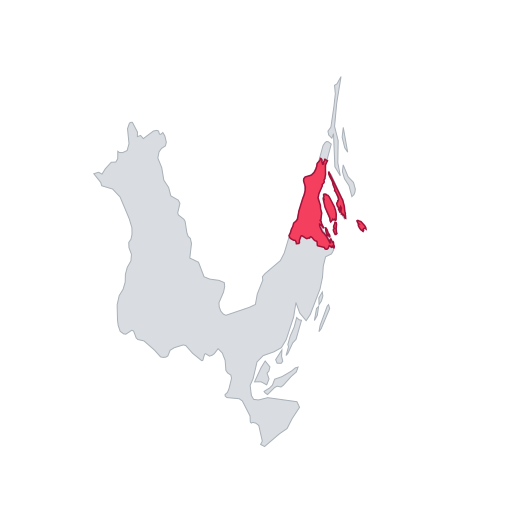 Splitsko-Dalmatinska on a map of Croatia (Natural Earth projection), rotated 244°
{"feature_id": "HRV-1492", "entity_name": "Splitsko-Dalmatinska", "entity_type": "County", "adm_level": 1, "iso_a3": "HRV", "parent_name": "Croatia", "parent_adm1": "", "projection": "natural_earth1", "projection_center": [16.561, 43.491], "detail": "fine", "context": "in_parent", "style": "filled", "palette": "rose", "viewbox_px": 512, "rotation_deg": 244, "n_neighbors": 0, "source": "natural_earth", "source_scale": "10m", "svg_char_len": 8199}
<svg xmlns="http://www.w3.org/2000/svg" viewBox="0 0 512 512"><g transform="rotate(244 256 256)"><path d="M84.6,177.5L86.8,180.5L102.4,184.2L105.8,182.6L107.9,180.1L107.9,178.5L109.3,178.1L114.8,180.5L131.7,180.2L135.1,178.3L141.5,167.8L143.6,166.9L145.0,167.4L145.9,170.5L148.4,173.4L156.8,180.4L160.0,181.2L163.2,179.3L166.4,178.8L175.7,182.5L183.5,183.2L189.3,181.3L186.5,175.7L186.0,172.8L186.4,170.3L190.4,167.8L190.2,166.7L185.5,162.4L185.7,161.3L196.2,156.4L206.4,153.6L208.0,151.5L209.4,142.3L208.9,137.5L204.8,132.9L204.6,130.6L205.5,128.2L207.1,126.0L215.9,123.5L228.8,118.1L232.7,113.2L235.0,112.4L242.2,113.1L243.7,111.8L242.8,104.7L244.0,102.9L247.8,100.9L254.0,101.7L259.3,103.5L273.0,109.8L280.3,115.6L284.4,122.0L289.9,127.0L296.8,130.6L302.3,135.4L306.4,141.4L312.1,144.8L319.3,145.5L324.0,147.6L325.9,151.0L329.9,154.1L335.9,156.9L345.2,158.4L368.6,159.7L379.0,156.5L386.8,148.1L390.1,148.7L401.0,146.3L400.3,151.2L397.1,153.5L400.4,158.7L403.7,167.0L401.9,171.2L404.1,174.4L410.7,177.7L408.9,178.6L407.4,181.4L407.3,186.4L412.6,191.1L426.7,196.3L430.9,200.5L431.0,202.2L430.3,203.5L419.4,203.8L415.3,201.7L414.9,205.1L410.9,206.2L413.3,218.5L412.4,222.0L411.0,223.2L407.9,222.6L407.1,223.8L407.8,226.4L403.9,226.7L397.6,225.3L394.7,222.9L394.1,218.2L392.1,214.5L387.1,210.7L376.7,210.0L364.6,206.4L355.8,207.5L347.4,205.8L340.2,210.7L336.5,210.6L329.2,204.6L327.0,204.2L320.6,207.3L318.0,207.4L307.4,204.1L303.5,203.6L300.6,204.7L295.5,203.5L283.2,195.6L275.6,201.6L260.1,200.2L255.5,204.3L250.3,212.1L246.0,215.8L242.3,214.5L237.9,211.1L230.2,202.2L226.3,200.6L221.9,200.2L218.0,201.2L215.9,203.0L212.8,227.4L212.7,234.2L221.3,240.5L231.3,251.5L234.6,252.7L236.2,256.3L241.2,275.9L246.3,282.7L263.7,298.7L271.1,308.9L293.4,328.8L303.2,332.3L304.7,334.2L304.9,341.9L305.9,344.8L312.5,352.9L325.9,364.7L327.5,367.5L328.0,369.5L327.1,371.0L323.6,372.7L308.2,359.3L296.1,352.0L282.5,338.2L264.3,332.8L251.9,326.8L236.1,329.6L231.0,329.6L227.4,328.5L224.8,324.8L224.8,318.2L217.5,312.1L207.7,306.4L198.3,299.1L179.6,279.1L175.9,272.7L185.6,270.3L196.7,271.5L184.7,263.1L167.6,246.5L162.5,238.7L162.0,230.2L163.3,218.7L160.3,210.4L147.1,199.7L142.3,194.0L132.6,190.7L128.2,191.0L125.5,195.2L123.5,204.5L107.1,228.9L100.9,228.8L94.0,217.2L87.3,208.3L85.9,199.0L81.0,180.2L84.6,177.5ZM375.0,401.4L375.2,404.2L380.0,411.1L358.4,395.8L338.0,383.4L323.6,380.4L303.9,370.4L291.1,366.9L301.6,366.0L332.0,379.3L328.6,375.8L332.9,374.4L336.7,375.4L339.0,379.8L356.1,391.5L367.0,398.4L375.0,401.4ZM138.2,242.2L137.7,245.1L134.1,241.4L132.3,234.8L127.9,224.0L127.3,221.0L129.7,218.0L129.6,215.0L126.4,205.6L129.2,204.1L130.8,203.9L131.4,210.4L132.8,214.2L137.1,218.8L136.2,226.4L137.0,237.3L138.2,242.2ZM157.6,218.2L150.2,219.9L146.8,217.0L145.9,214.6L139.8,213.8L135.5,209.1L140.7,205.4L143.5,199.5L153.4,211.6L157.6,218.2ZM275.4,347.4L265.9,347.6L257.7,346.3L253.6,343.9L255.2,338.6L264.4,339.0L278.4,341.4L281.8,344.1L280.7,345.4L275.4,347.4ZM300.0,358.4L295.8,359.2L269.0,358.6L261.3,357.1L250.8,351.8L259.5,350.6L267.6,351.8L270.1,354.7L300.0,358.4ZM179.9,266.7L178.3,268.7L163.5,255.4L161.8,250.9L154.4,241.8L153.4,239.4L160.1,245.4L162.6,245.9L169.1,251.7L175.4,259.2L182.9,265.6L179.9,266.7ZM267.3,368.2L278.5,370.4L286.6,369.4L294.0,370.7L299.7,374.3L287.0,373.5L279.4,375.9L272.6,374.6L270.1,373.0L268.3,371.0L267.3,368.2ZM179.7,298.0L180.5,299.9L176.5,299.2L162.0,282.6L160.4,279.4L165.6,283.3L179.7,298.0ZM154.2,228.2L160.2,238.1L154.6,235.0L149.6,233.9L148.5,231.6L150.4,228.0L154.2,228.2ZM325.0,385.5L333.3,390.8L309.1,383.9L314.4,383.2L325.0,385.5ZM190.7,294.1L194.6,299.8L190.8,298.6L186.9,295.1L184.6,291.3L190.7,294.1ZM182.3,287.4L183.2,290.1L175.8,285.1L172.4,280.2L182.3,287.4Z" fill="#d9dde1" stroke="#a8b0b8" stroke-width="1"/><path d="M259.9,294.6L261.6,296.9L264.6,299.6L266.5,302.1L269.0,304.2L269.4,305.3L269.6,306.6L270.2,308.2L271.0,309.5L277.7,314.3L287.2,323.2L290.1,326.4L292.0,327.9L293.4,329.0L296.9,330.8L302.7,331.7L304.5,332.8L305.5,334.8L304.4,341.2L305.7,345.0L308.1,348.2L310.5,350.3L311.8,351.0L312.4,351.6L312.8,352.4L313.3,353.9L314.0,355.4L314.9,356.4L315.5,356.7L315.4,356.9L315.1,357.1L314.6,357.3L313.6,357.4L313.1,357.3L312.8,357.2L312.5,357.0L312.3,356.7L312.1,356.6L311.9,356.5L310.6,356.4L309.6,356.1L309.3,356.1L309.2,356.3L309.1,357.0L309.3,357.4L309.6,357.5L310.3,357.5L310.6,357.7L310.9,358.0L311.1,358.3L311.4,359.0L311.6,359.3L311.9,359.5L312.5,359.9L312.7,360.1L312.8,360.4L312.4,360.6L312.0,360.8L310.3,362.0L307.4,358.3L298.7,354.2L296.6,352.6L295.6,352.1L295.2,351.8L294.8,350.8L294.4,350.4L293.7,350.1L293.1,350.0L292.7,349.8L292.3,349.4L291.7,348.5L291.6,348.2L291.4,347.2L291.3,346.9L291.0,346.7L290.3,346.5L290.0,346.4L284.3,339.6L282.7,338.6L282.0,338.0L281.6,337.5L281.1,337.2L273.4,336.1L269.9,334.7L265.8,333.9L260.4,330.3L260.3,330.1L260.2,329.7L260.1,329.4L259.7,329.2L259.4,329.3L258.8,329.7L258.5,329.7L256.3,329.2L251.8,329.2L251.8,328.7L252.9,328.7L254.3,328.4L255.6,327.8L256.7,327.1L255.7,326.6L254.3,326.3L248.5,326.2L247.8,326.4L246.6,327.0L246.2,327.1L245.1,327.3L242.6,328.0L235.3,328.2L235.3,328.7L237.3,329.2L238.1,329.7L238.6,330.8L234.9,330.8L235.0,331.6L234.2,331.6L232.2,330.8L230.6,330.7L229.9,330.4L229.1,329.7L229.4,329.4L230.0,329.2L231.3,329.2L231.6,329.0L231.6,328.8L231.4,328.7L231.1,328.6L230.8,328.4L230.6,328.2L230.6,327.7L230.9,327.5L231.3,327.3L231.9,327.1L232.9,326.8L233.2,326.6L233.3,326.4L233.0,326.3L232.8,326.2L232.4,325.5L231.6,324.6L231.3,324.1L231.1,323.5L231.0,322.7L231.2,322.3L231.4,321.9L232.1,321.2L232.5,321.1L232.8,321.1L233.1,321.2L233.4,321.2L233.8,321.1L237.9,316.2L238.4,315.8L238.7,315.8L242.0,317.1L242.6,317.0L243.0,316.7L243.5,316.1L243.9,315.8L244.4,315.5L245.7,315.0L247.4,314.7L248.8,314.1L249.3,313.7L249.4,313.2L249.2,312.9L248.9,312.5L248.7,312.3L248.6,311.9L249.3,310.7L249.2,310.3L249.2,309.9L249.3,309.3L249.7,308.9L253.8,306.4L254.2,305.9L254.2,305.4L253.9,304.9L251.5,302.3L251.0,301.9L250.5,301.6L248.9,300.9L248.7,300.4L248.5,300.0L249.3,297.7L251.2,298.2L252.3,298.2L252.9,298.0L253.1,297.8L253.3,297.4L253.4,297.0L254.5,296.1L256.5,294.8L257.3,294.5L257.9,294.4L259.9,294.6ZM258.3,346.4L253.6,343.9L252.6,342.7L253.1,343.0L253.4,343.3L253.8,343.3L253.9,342.8L254.0,342.7L254.3,342.8L254.6,342.7L254.3,342.2L254.4,341.7L254.8,341.3L255.5,341.2L254.6,339.8L253.8,338.1L255.1,338.0L255.5,338.1L257.9,339.0L269.5,339.4L276.9,341.2L276.9,341.7L276.1,341.7L276.7,342.0L277.3,342.2L277.7,342.1L278.1,341.7L278.7,342.1L279.8,343.3L280.4,343.5L281.0,343.4L281.4,343.5L281.8,344.3L281.1,345.7L280.6,346.1L280.2,345.8L279.1,347.2L277.1,347.7L266.0,348.0L262.1,347.5L258.3,346.4ZM269.9,358.3L268.5,358.5L261.9,357.1L256.8,355.3L255.0,355.0L253.9,354.3L253.2,354.2L250.5,353.1L250.8,352.8L251.1,352.7L251.7,352.6L252.5,353.0L253.2,352.9L254.6,352.1L255.0,352.6L255.2,352.3L255.9,351.6L255.9,352.1L258.0,351.4L259.9,352.5L261.6,353.7L263.3,353.7L261.6,352.1L260.0,351.2L259.5,350.6L260.4,350.7L262.0,350.6L263.3,351.6L263.5,351.6L264.1,351.2L264.5,351.0L265.3,351.0L267.0,351.3L267.9,351.6L268.3,352.0L268.6,352.6L269.1,353.2L269.9,353.7L269.9,354.0L269.7,354.1L270.6,355.0L272.0,355.5L273.4,355.7L279.2,355.7L280.2,355.2L281.0,355.9L282.1,356.2L285.9,356.4L289.5,357.3L294.9,357.1L297.7,357.3L300.0,358.3L284.9,358.3L269.9,358.3ZM242.7,362.5L242.9,362.2L243.2,362.0L243.4,362.1L243.5,362.8L243.3,363.2L242.9,363.6L242.2,364.1L241.5,364.9L240.8,365.5L235.5,367.0L233.4,367.1L232.0,366.7L233.3,366.0L233.4,364.8L232.9,363.9L232.3,364.1L232.0,364.1L231.1,363.0L231.4,362.8L231.6,362.7L231.9,362.6L232.3,362.5L233.7,361.7L236.0,361.3L238.4,361.3L240.2,362.0L239.9,362.3L239.8,362.5L241.2,362.0L241.9,362.0L242.7,362.5ZM251.7,341.7L250.8,342.7L249.2,342.3L245.2,339.9L242.2,338.8L240.7,338.6L240.6,338.2L240.9,338.1L241.0,338.1L240.4,337.6L240.3,337.1L240.6,336.6L241.5,336.5L244.9,336.7L246.1,337.3L246.4,338.6L248.0,338.4L249.2,339.3L250.3,340.6L251.7,341.7ZM246.9,329.5L248.3,329.9L250.8,330.8L250.5,331.2L248.3,331.4L245.2,331.0L244.3,331.0L243.8,331.3L243.0,331.4L242.1,331.3L241.4,331.1L240.9,330.8L241.0,330.4L241.4,330.2L241.7,330.2L242.1,330.3L242.9,330.4L243.4,330.0L243.1,329.4L244.1,329.1L246.9,329.5Z" fill="#f43f5e" stroke="#9f1239" stroke-width="1.5"/></g></svg>